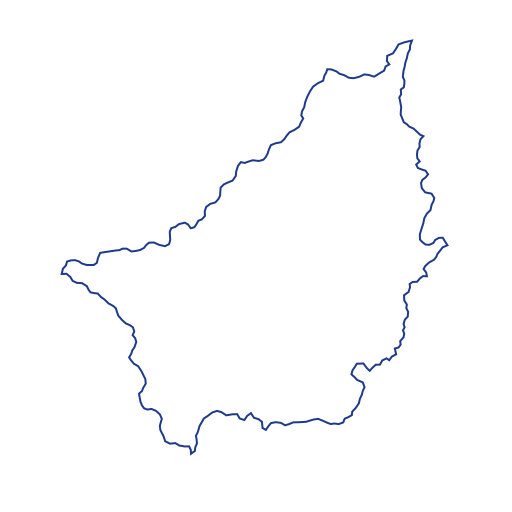 Córrego Danta, Minas Gerais, Brazil, rotated 259°
{"feature_id": "56859067B84348488266882", "entity_name": "Córrego Danta", "entity_type": "district", "adm_level": 2, "iso_a3": "BRA", "parent_name": "Brazil", "parent_adm1": "Minas Gerais", "projection": "robinson", "projection_center": [-45.977, -19.762], "detail": "fine", "context": "isolated", "style": "outline", "palette": "blue", "viewbox_px": 512, "rotation_deg": 259, "n_neighbors": 0, "source": "geoboundaries", "source_scale": "gbopen_adm2", "svg_char_len": 4163}
<svg xmlns="http://www.w3.org/2000/svg" viewBox="0 0 512 512"><g transform="rotate(259 256 256)"><path d="M437.7,450.2L437.5,442.9L436.5,436.3L432.6,432.9L428.8,429.1L427.4,423.0L422.4,421.7L418.7,423.4L417.3,419.4L413.5,417.1L411.5,411.5L409.5,406.2L412.2,401.2L413.6,397.0L412.2,391.5L411.9,385.7L413.3,381.1L416.8,376.9L418.9,372.8L421.8,370.3L424.8,365.5L425.7,361.6L422.8,360.0L419.7,357.4L415.3,355.4L413.8,349.7L411.4,344.4L407.3,340.4L402.4,336.6L397.5,333.6L393.0,331.8L389.1,328.7L385.3,327.3L382.0,328.6L378.7,325.7L374.7,323.0L372.4,317.7L371.0,312.4L368.0,308.8L365.3,306.1L362.9,302.2L362.9,296.5L362.0,291.8L358.1,289.0L354.4,287.0L351.3,284.5L349.1,281.6L348.7,277.1L350.6,271.0L350.1,266.3L349.5,262.8L351.0,259.0L347.9,255.5L342.8,252.7L338.4,251.4L334.5,247.4L333.6,242.8L332.4,238.0L329.8,234.3L325.4,233.1L322.1,232.3L319.1,230.0L316.4,226.4L315.9,221.1L313.7,216.5L309.9,214.3L305.0,213.5L302.3,209.8L301.6,206.1L298.7,203.7L296.0,201.0L295.7,197.2L299.9,195.3L302.3,192.5L302.0,186.4L300.0,182.5L299.5,178.2L296.3,176.0L292.3,175.4L288.2,174.9L284.2,172.9L283.0,168.5L285.4,163.1L288.7,158.4L289.5,153.5L287.8,150.5L285.2,147.4L284.0,143.2L283.9,139.5L284.2,134.6L287.8,130.6L288.7,126.4L287.8,122.9L288.2,119.2L288.4,114.4L288.7,107.5L288.8,103.6L284.0,100.4L279.7,98.5L278.1,95.0L279.5,88.1L281.9,83.6L284.4,81.2L286.4,77.7L287.0,73.7L286.6,69.5L283.0,67.6L280.3,64.0L275.4,61.8L274.7,66.6L270.9,69.7L266.5,71.3L263.8,75.1L262.6,79.9L258.7,84.2L254.9,85.2L251.9,86.6L250.5,89.9L249.3,93.6L245.6,95.8L242.2,99.0L237.7,102.1L234.1,106.4L231.4,108.5L228.0,108.8L223.8,109.4L219.0,112.1L214.6,115.4L212.3,118.8L209.6,121.5L205.2,122.1L201.8,119.8L198.4,121.7L194.5,122.1L189.5,119.2L187.0,116.6L184.0,115.0L180.7,112.1L177.3,113.5L173.5,115.6L170.3,119.3L165.0,121.5L159.9,122.9L156.3,123.9L151.7,123.4L148.3,120.3L145.1,118.2L143.2,114.9L139.3,114.8L135.1,114.8L131.1,115.6L127.9,117.0L126.0,120.1L125.8,124.2L123.1,128.3L118.7,131.5L114.1,132.5L110.7,130.7L107.6,129.2L103.5,128.9L100.3,129.8L96.5,130.9L91.5,131.5L88.2,135.8L87.7,141.1L84.5,144.7L82.6,149.9L81.9,154.0L78.1,155.0L74.3,154.5L76.3,158.8L79.8,159.9L83.4,162.3L87.5,162.7L90.9,162.7L94.0,165.1L96.8,166.6L100.0,168.2L102.9,170.8L106.4,173.7L108.1,177.9L110.7,183.1L111.4,188.2L109.3,192.3L105.3,196.4L105.1,202.7L104.3,207.4L99.6,209.0L97.2,213.3L100.8,216.9L102.7,221.1L97.6,223.1L95.4,227.3L92.1,230.2L86.0,229.6L83.4,232.5L86.6,235.7L89.1,238.8L89.1,243.7L87.4,248.7L84.3,252.2L84.6,255.9L85.6,260.8L84.6,266.7L83.7,273.5L84.5,281.0L84.3,285.9L81.5,290.2L78.8,294.0L76.8,297.3L76.6,301.0L75.2,305.2L76.0,309.9L79.4,312.0L80.2,315.9L81.5,319.7L84.9,320.8L87.9,325.0L91.8,328.9L95.9,330.7L99.6,333.4L103.2,335.1L106.5,337.5L111.5,336.7L115.1,331.6L118.2,329.7L121.6,327.1L125.3,328.9L128.4,332.0L131.0,334.4L130.0,340.9L124.9,343.4L121.6,345.7L123.9,348.7L126.4,352.8L125.7,356.9L129.4,360.0L130.6,364.6L128.3,366.9L131.3,370.1L132.8,374.8L138.7,374.6L139.0,378.5L141.5,381.1L144.9,381.3L148.0,385.3L151.5,386.7L155.0,386.1L157.7,388.3L161.1,387.9L165.0,389.9L167.6,393.4L172.2,394.7L176.2,393.6L179.5,394.8L184.1,393.1L189.2,393.8L191.7,399.0L195.9,401.2L199.2,401.5L200.6,404.8L200.0,409.3L202.7,412.6L204.4,416.0L203.5,419.9L207.4,419.9L211.2,418.0L213.9,420.3L216.6,424.6L218.3,429.9L220.7,432.8L223.5,434.6L226.6,438.3L228.9,440.9L230.0,446.0L234.0,444.4L238.3,442.8L238.9,439.1L237.6,435.0L235.0,432.7L233.9,428.3L234.9,424.6L237.5,422.3L240.8,420.1L246.1,421.0L252.1,424.2L256.0,426.4L260.9,428.4L265.0,431.8L267.7,436.0L272.8,438.2L276.0,440.7L278.9,442.1L283.7,440.2L286.2,434.2L291.0,431.7L296.0,431.9L299.0,433.8L300.7,437.3L303.3,440.5L307.4,438.7L309.2,435.4L311.5,431.7L315.2,430.7L317.6,434.7L321.2,433.0L324.9,433.4L328.7,434.6L331.7,437.4L335.2,437.9L339.2,439.7L341.7,443.2L343.8,440.2L347.0,437.9L351.0,435.0L353.8,431.1L356.5,429.3L359.1,426.6L362.9,425.9L367.1,425.0L370.9,425.9L374.1,426.9L379.9,427.0L384.3,426.9L387.0,429.3L391.8,429.9L393.4,433.3L397.1,434.6L400.1,435.2L403.7,434.3L406.7,435.2L410.0,436.3L412.9,437.8L417.3,439.5L421.4,441.8L425.9,443.7L429.6,446.6L433.1,447.4L437.7,450.2Z" fill="none" stroke="#1e3a8a" stroke-width="2"/></g></svg>